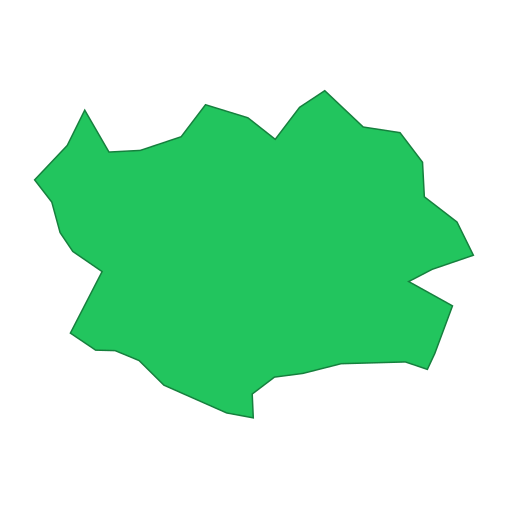 map outline of Glogovac (Albers equal-area conic projection), rotated 267°
{"feature_id": "KOS-5899", "entity_name": "Glogovac", "entity_type": "District", "adm_level": 1, "iso_a3": "XKX", "parent_name": "Kosovo", "parent_adm1": "", "projection": "albers", "projection_center": [20.868, 42.604], "detail": "fine", "context": "isolated", "style": "filled", "palette": "green", "viewbox_px": 512, "rotation_deg": 267, "n_neighbors": 0, "source": "natural_earth", "source_scale": "10m", "svg_char_len": 630}
<svg xmlns="http://www.w3.org/2000/svg" viewBox="0 0 512 512"><g transform="rotate(267 256 256)"><path d="M133.8,421.2L142.4,399.6L144.0,335.3L136.3,296.7L134.1,268.1L118.4,245.0L94.5,244.8L100.8,218.5L131.8,157.3L157.7,133.8L168.9,110.3L170.4,90.9L188.7,66.6L248.5,101.5L270.1,73.3L289.6,61.6L320.5,54.9L343.6,38.9L376.3,73.3L410.6,92.6L367.5,114.6L367.5,145.9L379.0,187.5L409.7,213.5L394.4,255.2L371.5,281.3L402.2,307.3L417.5,333.3L379.2,369.8L371.6,406.3L340.9,427.2L306.3,427.2L279.4,458.5L245.4,473.1L233.5,431.3L222.5,407.1L195.9,449.6L149.2,429.4L133.8,421.2Z" fill="#22c55e" stroke="#15803d" stroke-width="1.5"/></g></svg>